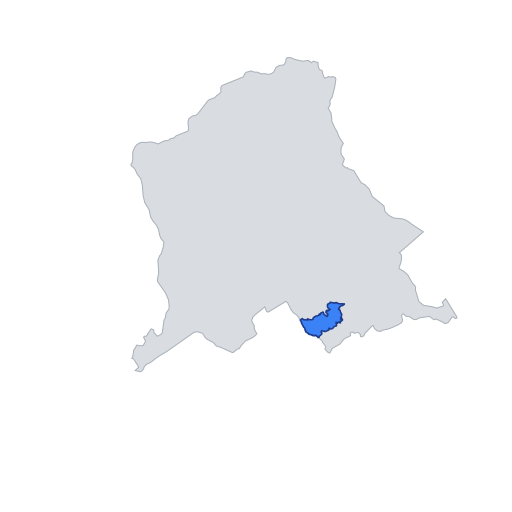 Sandoa, Katanga, Democratic Republic of the Congo shown in context, rotated 327°
{"feature_id": "63176286B26674316015082", "entity_name": "Sandoa", "entity_type": "district", "adm_level": 2, "iso_a3": "COD", "parent_name": "Democratic Republic of the Congo", "parent_adm1": "Katanga", "projection": "orthographic", "projection_center": [23.072, -9.383], "detail": "fine", "context": "in_parent", "style": "filled", "palette": "blue", "viewbox_px": 512, "rotation_deg": 327, "n_neighbors": 0, "source": "geoboundaries", "source_scale": "gbopen_adm2", "svg_char_len": 8935}
<svg xmlns="http://www.w3.org/2000/svg" viewBox="0 0 512 512"><g transform="rotate(327 256 256)"><path d="M409.5,326.9L377.9,331.3L378.5,333.1L378.2,335.0L377.3,336.5L374.0,340.4L369.2,344.0L369.2,344.9L371.5,349.0L373.0,354.5L372.4,364.3L373.0,367.0L372.9,369.1L371.2,371.3L367.8,383.1L369.8,388.8L375.9,394.2L379.4,398.2L385.5,399.8L386.5,399.6L387.0,396.3L391.8,395.1L391.3,416.1L390.9,417.3L390.0,417.5L388.9,416.8L388.5,414.8L387.3,413.9L381.3,416.4L379.8,416.3L378.2,415.8L377.0,414.8L376.7,413.2L372.7,407.0L370.6,406.5L368.4,401.0L359.1,396.8L355.6,396.5L353.7,395.2L351.9,390.8L348.8,388.0L348.2,384.9L347.5,384.5L345.6,385.1L343.9,389.9L341.8,391.1L337.9,391.2L328.3,389.6L321.4,387.1L319.6,387.2L316.9,384.9L315.8,381.2L316.4,378.3L315.9,377.8L305.4,380.2L302.8,381.7L300.4,381.3L299.7,380.5L300.8,378.5L300.2,376.3L299.5,375.3L296.4,374.5L295.4,372.2L293.5,371.8L292.8,372.2L292.4,373.8L291.2,374.3L284.9,373.5L278.3,375.6L269.6,375.0L265.4,377.5L264.8,377.4L263.9,376.2L263.1,372.2L263.5,371.1L264.8,370.3L265.2,368.7L264.8,364.6L265.2,363.6L264.7,361.2L263.4,357.4L261.5,354.4L257.5,349.7L256.8,347.6L257.0,342.4L258.3,334.1L258.1,328.0L256.5,324.1L256.1,319.8L257.1,312.1L256.1,310.3L235.9,309.7L235.1,309.2L234.7,308.1L235.6,303.5L223.3,304.8L219.7,305.7L217.4,307.6L216.7,309.9L216.6,313.3L214.8,316.4L214.3,321.8L210.9,322.5L207.5,322.5L201.0,321.5L194.7,323.1L191.6,324.6L189.9,323.9L184.2,324.5L183.5,324.1L176.8,313.6L173.9,310.1L173.3,308.4L173.5,306.8L172.7,304.6L169.6,299.2L169.0,296.6L169.1,292.6L168.7,291.3L165.9,287.9L164.1,286.8L162.1,286.3L129.4,287.5L118.6,287.1L110.8,287.8L106.8,287.6L105.7,287.1L102.1,287.9L100.3,289.4L97.5,290.3L95.7,290.0L92.3,286.2L96.9,285.4L97.2,285.0L97.3,275.5L96.1,274.2L98.5,272.5L102.4,268.2L106.3,266.6L106.8,265.8L107.6,265.8L109.0,267.5L112.4,269.7L116.5,267.6L117.0,267.0L117.5,262.9L118.5,262.5L120.3,263.4L121.3,263.3L123.1,262.1L128.4,260.0L130.0,262.5L128.5,264.9L129.2,266.5L129.4,269.1L130.2,269.7L134.4,269.9L135.7,269.2L143.9,259.7L146.1,258.6L149.5,254.9L154.2,253.1L156.2,250.1L158.8,244.9L160.0,237.4L159.5,224.5L159.9,222.7L165.5,216.8L171.3,206.2L175.2,203.4L178.1,202.2L182.7,198.3L186.3,194.3L185.8,189.7L186.6,185.8L188.6,180.9L189.3,175.7L188.6,170.3L188.9,165.8L191.6,158.7L191.8,150.6L194.3,143.7L199.1,135.0L201.4,128.6L201.0,122.3L201.7,117.6L201.4,114.9L200.5,112.5L201.0,111.0L202.8,110.4L205.1,108.0L209.2,101.8L213.6,98.7L216.7,97.7L219.9,97.8L222.0,98.3L225.3,100.7L229.2,102.6L232.0,105.0L234.9,108.7L241.7,109.5L244.7,110.9L246.5,111.4L247.1,111.0L248.5,111.2L251.8,112.3L254.3,111.7L267.0,114.1L268.5,112.9L272.0,106.4L274.7,104.2L279.0,104.0L282.4,105.2L284.2,105.2L299.8,99.7L301.8,99.4L307.5,100.8L311.1,99.9L312.6,100.2L315.8,99.3L318.4,95.4L320.5,94.5L342.9,98.9L346.3,96.8L347.9,96.6L352.9,98.2L354.4,100.6L357.4,102.7L359.6,106.1L362.9,108.0L364.6,109.8L366.6,111.1L370.6,111.6L375.7,108.7L379.4,109.0L383.0,110.7L384.3,110.7L387.0,109.0L388.5,107.1L389.9,106.7L392.0,107.6L393.8,109.4L395.4,112.0L401.0,117.9L406.4,120.5L407.8,124.1L409.7,123.8L410.7,124.2L412.1,126.4L413.1,126.9L413.3,127.8L411.9,129.9L410.7,134.0L412.4,136.5L411.0,140.2L410.3,143.9L412.1,144.9L414.3,144.9L416.4,146.9L418.0,147.2L419.7,149.4L419.4,151.1L414.1,157.1L406.1,164.5L403.4,165.3L402.1,166.7L401.1,168.9L398.7,170.7L397.0,171.4L396.8,176.9L394.1,182.5L393.1,183.7L391.6,192.9L391.9,194.5L390.4,202.0L390.6,209.1L386.8,211.2L384.1,214.6L382.9,217.0L382.9,222.8L378.5,226.2L378.2,227.0L379.3,231.1L380.9,231.8L380.9,233.1L384.5,237.6L384.1,251.0L384.3,252.3L386.2,255.6L387.4,261.7L385.9,269.4L390.6,283.7L388.4,288.9L389.4,293.9L392.2,299.2L398.9,304.5L400.7,306.7L402.3,309.6L403.9,314.1L409.5,326.9Z" fill="#d9dde1" stroke="#a8b0b8" stroke-width="1"/><path d="M294.3,353.9L294.4,353.6L294.6,353.4L294.8,353.0L294.9,352.9L295.2,352.6L295.3,352.4L295.5,352.2L295.9,351.9L296.0,351.9L296.0,351.6L296.0,351.4L296.1,351.1L296.4,350.6L296.3,350.3L296.1,350.0L296.1,349.8L296.2,349.4L296.3,348.9L296.7,348.2L296.7,347.8L296.8,347.8L296.9,347.4L296.8,347.1L296.6,346.7L296.7,346.3L296.6,346.2L296.6,345.9L296.5,345.7L296.4,345.6L296.6,345.5L296.6,345.3L296.7,345.2L297.3,344.7L297.5,344.7L297.7,344.9L297.7,345.0L297.8,345.0L297.8,344.9L298.1,344.8L298.3,344.4L298.5,344.3L298.7,344.2L299.1,344.2L299.3,344.1L299.8,344.1L300.6,344.3L300.8,344.4L301.0,344.6L301.5,344.7L302.0,344.6L303.3,344.7L303.6,344.6L303.9,344.5L304.0,344.3L303.9,344.1L303.6,343.9L303.4,343.8L303.2,343.9L302.6,343.6L302.5,343.2L302.2,343.0L302.1,342.9L301.9,342.9L301.7,342.6L300.9,342.2L300.6,341.9L300.1,341.7L299.9,341.6L299.7,341.4L299.5,341.0L299.4,340.8L299.0,340.6L298.8,340.4L298.7,340.2L298.4,339.6L298.5,339.4L298.4,339.3L298.4,339.2L298.0,338.9L297.9,338.8L297.8,338.6L297.4,338.7L297.1,338.5L296.8,338.5L296.6,338.4L295.9,338.3L295.8,338.1L296.0,337.9L296.0,337.7L295.8,337.6L295.6,337.5L295.4,337.5L294.4,336.5L294.1,336.3L293.8,336.0L293.8,335.7L293.7,335.6L293.3,335.6L293.2,335.5L293.0,335.4L293.0,335.5L292.9,335.6L292.6,335.8L292.4,335.6L291.9,335.7L291.7,335.7L291.4,335.7L290.8,335.5L290.2,335.6L289.8,335.4L289.5,335.6L288.6,337.0L288.2,337.5L288.2,338.0L288.2,338.6L288.2,339.2L288.4,339.8L288.5,340.0L288.9,340.7L289.0,341.1L289.0,341.3L288.7,341.3L288.4,341.3L287.3,341.2L286.9,340.6L286.6,340.7L286.2,341.1L285.9,340.2L285.7,340.1L284.8,340.4L284.8,340.5L284.7,340.7L284.6,340.8L284.3,340.9L284.2,341.0L284.0,341.3L283.9,341.5L284.0,341.7L284.0,341.8L284.2,342.0L284.3,342.2L284.2,343.0L284.4,343.5L284.2,343.8L284.4,344.0L284.2,344.1L284.1,344.7L283.9,344.8L283.1,345.2L282.8,345.2L282.5,345.3L282.4,345.0L282.2,343.8L281.7,343.1L281.4,342.8L281.2,342.3L281.4,341.3L281.6,340.8L281.7,339.8L281.6,339.4L279.7,339.3L279.4,339.1L279.1,339.5L278.7,339.7L278.3,339.6L278.2,339.4L277.8,339.2L277.5,339.2L277.4,339.5L277.5,340.1L277.3,340.1L276.9,339.6L276.7,339.5L276.4,339.7L276.2,339.8L274.4,339.6L274.2,339.5L274.0,339.4L273.8,339.0L272.1,338.9L271.7,339.1L271.4,339.1L271.0,338.8L270.7,338.9L270.6,339.1L270.4,339.2L269.9,339.3L269.8,339.6L269.7,339.9L269.6,340.0L268.3,340.0L268.1,339.9L267.7,339.7L266.9,338.9L266.6,338.6L266.1,338.6L265.6,337.8L265.5,337.4L265.2,336.9L265.0,336.7L264.9,336.7L264.6,337.0L264.6,337.7L263.5,337.3L262.7,336.2L262.4,336.0L262.0,336.0L261.4,335.7L261.1,334.9L260.9,333.8L260.7,333.7L260.3,333.9L260.2,333.9L259.9,333.7L259.2,333.6L258.5,333.7L258.3,334.0L258.3,334.3L258.1,334.4L258.2,334.6L258.2,334.9L258.3,335.4L258.2,335.6L258.3,335.7L258.3,335.8L258.1,336.0L258.0,336.3L257.8,336.5L257.7,336.9L257.6,337.1L257.7,337.4L257.5,337.8L257.6,338.0L257.6,338.3L257.5,338.6L257.5,338.8L257.4,339.3L257.4,339.5L257.5,340.2L257.5,340.3L257.3,340.5L257.2,340.7L257.2,340.9L257.2,341.3L257.3,341.8L257.6,342.4L257.6,342.9L257.5,343.5L257.2,344.1L257.2,344.4L257.0,344.6L257.0,345.0L256.8,345.1L256.8,345.3L256.8,345.5L256.7,345.7L256.8,345.8L256.7,345.9L256.7,346.0L256.6,346.5L256.4,346.7L256.5,346.9L256.9,347.2L257.0,347.4L257.1,347.5L257.1,347.9L257.1,348.4L257.3,348.5L257.6,349.0L257.7,349.4L257.6,349.7L257.8,349.9L257.8,350.0L257.7,350.2L257.8,350.3L257.9,350.7L258.2,350.9L258.2,351.0L258.3,351.1L258.6,351.2L258.9,351.3L259.0,351.7L259.0,351.8L259.3,352.0L259.6,352.6L259.9,352.5L260.1,352.6L260.0,352.9L260.1,353.0L260.2,353.4L260.3,353.5L260.4,353.9L260.5,353.9L260.8,353.9L260.9,354.2L261.1,354.4L261.3,354.6L261.5,354.7L261.9,354.5L262.0,354.6L262.1,354.8L262.3,354.8L262.5,354.8L262.8,355.1L263.1,355.2L263.2,355.3L263.3,355.6L263.2,355.7L263.4,356.1L263.4,356.3L263.5,356.5L263.4,356.6L263.5,356.8L263.7,357.0L263.6,357.3L263.8,357.6L263.8,357.9L263.7,358.1L264.4,358.4L264.6,358.5L265.5,357.8L265.7,357.7L266.3,357.6L266.7,357.7L268.0,357.4L268.7,357.2L269.4,356.5L269.3,355.6L269.3,355.1L269.5,354.8L269.9,354.7L270.2,354.7L270.5,354.5L270.7,354.8L271.5,355.8L272.1,356.0L272.3,356.2L272.6,357.0L273.5,357.2L274.0,357.3L274.8,357.3L275.1,357.5L275.4,357.6L275.6,357.4L275.8,357.5L276.1,357.6L277.1,357.7L277.2,357.4L277.4,357.3L277.6,357.0L277.5,356.5L277.7,356.3L278.0,356.5L278.3,356.8L278.6,357.1L278.7,357.3L278.7,357.6L278.8,357.7L279.2,358.1L279.3,358.2L279.5,358.3L279.9,358.3L280.0,358.4L281.0,358.4L281.5,358.4L281.9,358.2L282.0,358.1L282.8,357.9L283.0,357.9L283.3,357.8L283.6,357.9L284.1,358.0L284.4,358.1L284.7,358.1L284.8,358.1L285.2,358.4L285.6,358.3L286.0,357.9L286.3,356.7L286.5,356.1L286.8,355.7L287.1,355.2L287.5,355.5L287.5,355.8L287.5,356.4L287.5,356.7L287.8,356.8L288.1,356.8L288.6,356.3L288.9,356.3L289.5,356.7L289.6,356.9L289.9,357.6L289.9,357.8L290.1,358.0L290.4,358.0L290.6,357.3L290.6,357.0L290.8,356.6L291.0,356.6L291.2,356.8L291.3,357.0L291.6,357.1L293.0,357.0L293.1,356.7L293.1,356.4L292.8,355.9L292.6,355.5L292.6,354.5L293.6,356.5L293.8,356.6L294.0,356.1L294.0,355.9L293.9,355.8L293.7,355.8L293.7,355.7L293.8,355.1L293.7,354.8L293.3,354.6L293.1,354.4L293.2,353.9L293.3,353.8L293.4,353.7L293.5,353.8L294.0,353.9L294.3,353.9Z" fill="#3b82f6" stroke="#1e3a8a" stroke-width="1.5"/></g></svg>